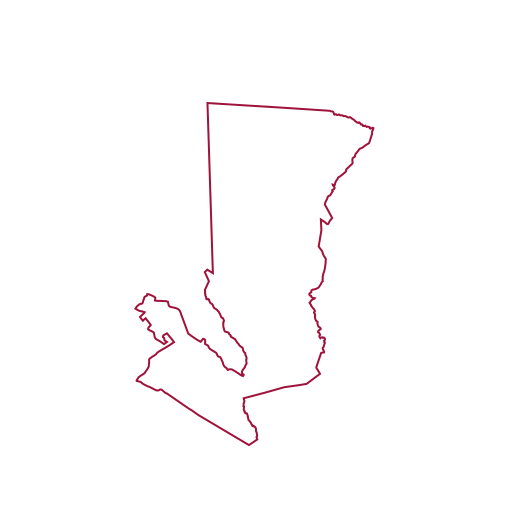 the district of Buuri, Eastern, Kenya, rotated 147°
{"feature_id": "3690345B42438423970575", "entity_name": "Buuri", "entity_type": "district", "adm_level": 2, "iso_a3": "KEN", "parent_name": "Kenya", "parent_adm1": "Eastern", "projection": "robinson", "projection_center": [37.421, 0.09], "detail": "fine", "context": "isolated", "style": "outline", "palette": "rose", "viewbox_px": 512, "rotation_deg": 147, "n_neighbors": 0, "source": "geoboundaries", "source_scale": "gbopen_adm2", "svg_char_len": 6133}
<svg xmlns="http://www.w3.org/2000/svg" viewBox="0 0 512 512"><g transform="rotate(147 256 256)"><path d="M364.9,101.3L361.4,101.3L354.8,101.5L354.3,103.5L354.0,104.1L353.4,104.2L353.0,104.6L352.3,105.9L352.1,106.7L351.6,107.4L351.4,109.0L350.8,110.1L350.3,110.8L349.8,112.5L350.0,113.2L350.4,113.6L350.4,114.9L351.5,115.2L351.6,115.7L351.3,116.3L351.4,117.9L351.2,118.4L351.1,119.7L351.3,120.2L351.3,121.7L351.6,122.8L350.8,124.3L350.6,125.6L350.1,125.9L349.4,128.7L349.5,129.3L350.0,129.5L350.5,129.8L350.5,131.5L350.0,131.9L350.2,132.7L349.8,134.1L348.7,135.3L348.1,136.2L348.4,136.8L347.5,137.8L346.6,139.1L344.9,140.4L344.5,141.1L344.4,142.0L343.8,143.4L322.3,136.3L303.6,130.5L289.7,124.0L283.2,121.2L266.5,122.3L266.3,126.8L266.3,129.4L265.5,130.3L254.2,139.2L253.6,139.1L251.4,138.1L251.1,138.5L251.0,139.2L250.7,140.1L250.7,141.4L250.4,142.2L249.9,142.7L249.3,142.8L248.5,143.2L246.5,145.0L246.0,145.2L245.6,145.7L245.7,146.5L245.1,147.0L245.2,147.8L243.7,148.3L243.4,148.7L243.2,150.3L243.8,150.8L244.4,150.9L244.5,151.6L246.2,152.2L246.8,152.0L246.9,153.0L246.7,153.9L246.3,154.5L245.6,154.7L245.2,155.1L245.0,155.8L244.9,157.3L245.4,158.0L245.2,158.7L244.6,159.1L244.0,159.3L241.5,159.5L241.2,160.1L241.3,161.0L242.0,162.5L242.0,163.4L241.3,166.0L240.3,167.0L240.2,167.6L240.7,168.3L240.8,168.9L240.8,169.6L240.5,171.0L239.8,172.9L239.0,173.5L238.8,174.3L238.3,174.7L238.2,175.2L238.3,176.4L238.2,176.9L237.8,177.3L236.9,177.4L236.5,178.0L236.3,179.8L236.7,181.4L236.7,183.2L236.9,184.0L236.5,185.0L236.5,185.8L236.7,186.9L236.5,187.6L235.9,187.7L234.3,188.5L233.0,188.8L231.0,188.6L230.3,188.4L229.7,188.6L231.2,190.0L231.9,191.6L231.5,192.7L232.4,193.7L232.3,194.5L231.8,195.2L231.3,195.5L229.4,195.5L228.5,196.7L228.0,197.0L227.0,197.0L225.2,196.2L222.9,195.6L220.6,195.5L216.9,197.1L215.2,198.2L213.6,198.6L213.5,199.2L213.1,199.9L212.4,200.5L211.7,201.9L209.5,204.2L206.8,206.3L203.9,209.3L201.4,212.3L199.0,215.6L199.0,219.4L198.5,222.1L197.9,223.8L198.3,229.8L187.2,241.9L181.7,251.3L180.0,247.4L179.2,244.7L179.0,244.2L178.3,243.6L177.7,243.7L174.5,245.5L173.0,245.7L172.6,246.1L171.4,246.4L170.2,261.8L168.2,263.5L164.9,265.4L163.5,266.6L162.4,266.8L161.3,266.5L160.6,266.5L158.1,267.8L156.5,268.4L156.5,269.2L156.2,269.8L154.3,269.6L153.0,270.2L152.7,270.9L153.0,273.6L152.8,274.1L151.8,272.7L151.2,272.7L149.8,274.1L148.2,275.2L145.3,276.4L144.3,277.1L141.9,277.0L135.3,277.7L134.3,278.1L133.5,279.2L133.0,279.5L125.0,281.0L124.4,281.3L124.0,281.8L123.7,282.7L122.1,285.1L121.6,285.4L118.9,285.5L117.3,287.2L112.6,288.7L111.5,289.2L110.3,289.4L108.3,288.9L103.9,289.2L99.8,289.1L98.2,290.2L92.4,295.0L91.5,296.1L90.8,297.2L89.3,298.1L87.9,299.3L88.2,299.9L89.2,300.1L89.7,300.3L90.7,300.5L91.0,301.0L90.5,301.6L90.6,302.2L90.9,302.7L91.9,303.7L92.9,304.0L93.3,305.7L94.2,305.8L95.4,306.7L95.2,307.4L95.2,308.2L95.6,308.7L96.2,308.9L96.5,309.4L96.2,310.2L96.8,311.9L97.4,311.8L97.7,312.3L98.5,312.8L99.0,314.4L99.3,314.8L99.7,317.0L100.7,318.9L101.1,320.5L101.6,321.3L102.8,321.6L103.4,322.2L104.8,324.7L106.1,325.4L106.5,325.9L106.7,326.6L108.0,327.7L108.4,327.8L108.9,328.4L109.1,329.2L109.7,329.7L110.9,329.8L111.3,330.2L111.8,331.4L113.2,331.8L113.3,332.5L113.0,333.0L112.9,333.6L112.8,335.0L113.2,335.7L114.2,336.3L115.3,337.8L150.5,364.1L213.4,410.7L301.5,265.1L304.3,271.1L307.7,270.4L309.2,260.5L317.3,255.4L317.6,254.7L318.7,253.1L318.9,252.4L319.3,252.0L319.3,251.4L319.8,250.8L320.1,249.9L320.2,248.8L320.8,247.5L321.0,246.7L320.6,246.3L320.1,246.4L319.6,246.1L319.1,244.9L319.5,244.4L319.9,242.0L319.6,240.7L319.1,239.8L319.0,239.3L319.0,237.9L319.4,236.7L319.3,234.9L318.0,232.2L317.9,230.6L317.6,229.9L317.8,227.1L318.4,223.4L318.2,222.7L317.7,222.1L317.7,221.0L318.1,219.2L318.7,218.6L319.7,218.2L319.9,217.5L321.0,216.1L321.7,214.8L322.2,213.6L323.2,210.3L323.0,209.2L321.3,207.6L320.7,206.2L321.0,205.5L321.0,204.7L320.6,204.0L320.5,203.1L321.0,202.4L320.9,201.5L320.4,200.9L320.2,200.1L319.7,199.5L319.5,198.8L318.9,197.9L318.9,193.4L318.6,192.0L318.6,190.3L318.2,188.5L317.4,186.9L317.3,186.4L317.4,185.7L318.2,183.6L318.3,182.7L318.3,181.3L317.9,180.5L318.7,179.0L318.9,177.1L319.3,175.9L320.2,174.6L320.7,174.4L322.5,170.9L324.9,169.7L325.9,168.8L329.6,167.5L331.0,166.4L331.2,165.9L331.8,164.8L331.9,164.2L331.0,163.5L331.0,163.0L332.3,162.4L333.2,163.7L334.0,165.2L334.1,165.8L336.4,170.9L337.6,173.3L338.1,174.1L338.8,174.7L340.7,175.8L341.2,175.7L341.8,175.9L341.8,178.4L342.5,179.6L342.7,181.3L342.4,183.3L341.9,184.6L341.6,185.9L341.6,187.0L341.2,188.3L341.1,190.6L342.5,192.5L342.5,193.8L342.1,196.0L342.2,196.6L343.4,199.2L344.1,200.5L345.3,203.4L345.4,205.2L345.0,206.4L345.1,207.0L345.4,207.7L346.6,209.9L346.0,211.1L345.0,212.1L344.4,213.3L344.5,213.9L345.0,215.1L345.4,215.4L349.1,214.2L350.8,217.3L353.9,224.6L354.3,225.9L355.1,227.7L350.9,246.2L350.8,247.0L350.0,249.8L349.8,252.0L350.0,253.4L350.5,254.4L351.4,255.7L352.6,257.1L355.0,259.4L356.1,260.9L356.1,262.1L354.8,265.5L355.9,267.0L360.9,270.6L363.2,272.1L365.0,273.7L363.4,275.5L363.1,276.1L364.4,278.9L366.8,282.3L367.9,283.3L368.9,282.2L371.7,282.4L372.2,282.1L373.4,280.9L374.2,280.6L376.3,278.6L376.7,278.4L377.3,278.2L378.0,278.2L379.0,278.9L380.6,279.0L383.6,278.5L385.8,277.5L384.2,274.3L383.5,273.3L382.4,272.1L381.8,271.8L381.4,271.3L381.0,270.6L380.0,269.5L380.7,269.1L386.4,268.1L386.5,266.8L386.1,263.3L383.9,263.8L382.5,263.9L381.8,255.8L382.0,255.3L385.0,254.6L386.1,253.7L386.4,253.2L385.5,251.3L383.9,248.7L383.4,247.7L384.1,245.5L384.7,244.3L385.0,243.5L385.3,241.4L385.0,240.6L382.9,236.6L381.1,232.2L377.5,232.4L378.6,235.0L378.4,235.8L377.7,237.1L377.8,237.6L378.2,238.4L378.2,238.9L377.8,239.3L377.1,239.8L376.0,239.9L372.8,239.6L371.7,229.9L371.7,228.4L378.2,228.3L390.1,228.8L392.2,228.5L393.4,228.0L398.5,228.0L401.2,227.8L401.9,227.5L403.8,224.6L406.4,221.5L409.0,220.2L413.3,218.4L418.4,218.4L420.6,218.2L423.9,216.7L424.1,216.2L421.4,213.3L420.5,210.5L420.1,209.7L418.0,206.0L416.6,204.2L413.1,198.1L412.5,197.3L411.0,196.4L409.0,196.2L407.9,195.2L406.5,190.3L406.3,189.9L405.7,189.5L395.5,164.7L393.8,161.2L390.9,153.9L364.9,101.3Z" fill="none" stroke="#9f1239" stroke-width="2"/></g></svg>